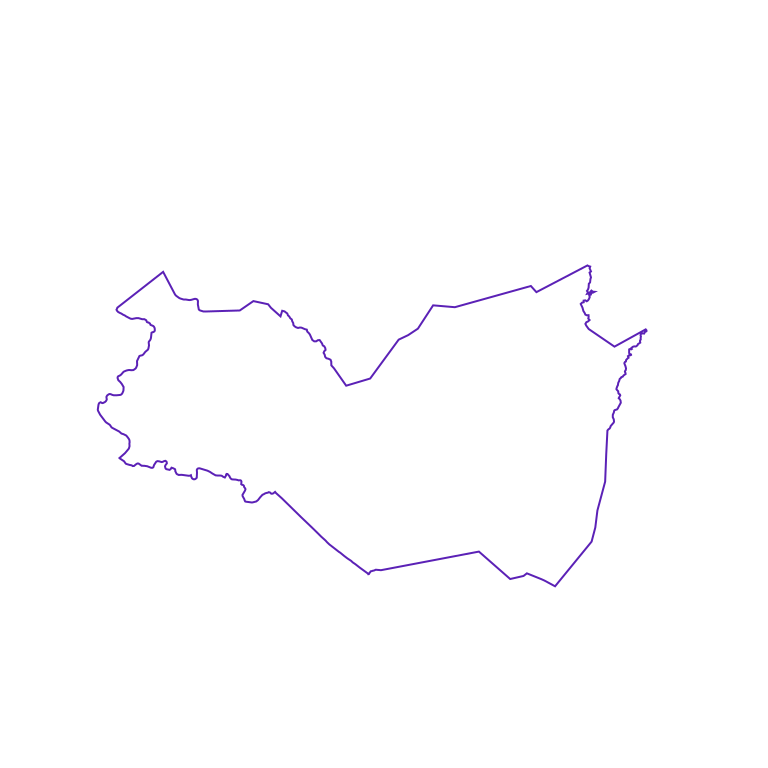 the district of Goh, Fromager, Ivory Coast, rotated 216°
{"feature_id": "98640826B83650084589555", "entity_name": "Goh", "entity_type": "district", "adm_level": 2, "iso_a3": "CIV", "parent_name": "Ivory Coast", "parent_adm1": "Fromager", "projection": "orthographic", "projection_center": [-5.701, 6.152], "detail": "fine", "context": "isolated", "style": "outline", "palette": "violet", "viewbox_px": 768, "rotation_deg": 216, "n_neighbors": 0, "source": "geoboundaries", "source_scale": "gbopen_adm2", "svg_char_len": 6154}
<svg xmlns="http://www.w3.org/2000/svg" viewBox="0 0 768 768"><g transform="rotate(216 384 384)"><path d="M644.6,289.0L644.3,288.3L644.1,286.9L643.3,286.4L641.4,286.0L639.2,286.3L637.9,286.6L635.8,286.7L634.0,287.1L632.5,287.1L628.4,287.7L627.4,287.9L626.0,288.6L623.1,291.7L621.3,293.0L617.7,294.3L615.9,295.6L613.8,295.8L612.3,294.8L611.5,294.9L610.6,295.4L609.6,295.3L608.9,295.4L607.6,294.6L605.7,295.1L604.6,295.3L603.7,295.1L602.7,294.6L601.8,293.8L600.8,292.4L600.7,291.6L601.1,290.4L601.8,289.8L602.2,288.8L599.9,284.8L599.3,283.5L599.0,282.0L599.1,280.4L599.0,279.7L598.7,279.2L596.8,277.1L595.4,274.1L595.2,273.0L596.0,269.7L596.1,266.3L596.6,265.0L597.8,263.7L598.3,262.9L597.3,257.4L594.8,254.2L594.1,251.5L594.1,250.5L594.6,248.9L595.0,247.9L596.6,246.6L598.3,245.6L599.0,245.0L600.3,243.5L601.6,241.4L601.9,240.6L602.2,237.2L602.5,236.0L603.6,233.9L603.5,232.9L602.9,232.1L601.1,230.9L598.6,230.6L596.1,229.9L592.9,228.5L591.1,225.8L590.7,224.8L590.2,222.3L590.5,220.8L591.0,220.1L593.6,217.8L596.1,216.0L597.4,215.5L599.2,215.1L600.1,214.6L600.5,214.1L600.8,213.4L601.2,212.1L601.1,210.7L600.5,209.8L599.3,208.7L599.1,208.2L598.9,206.6L599.2,205.3L600.2,203.4L600.8,202.9L602.5,202.7L602.8,202.1L603.1,201.6L603.2,200.7L602.8,199.4L600.4,194.9L599.5,194.2L595.6,192.3L587.4,189.8L586.1,189.6L582.2,189.8L581.5,189.7L579.0,188.8L578.1,188.8L570.3,189.9L567.3,189.6L565.2,190.3L562.2,190.8L559.6,190.1L557.7,189.4L556.8,188.8L555.6,187.4L555.0,186.2L553.3,184.1L552.5,181.9L552.5,181.0L552.9,175.7L554.5,168.6L553.9,168.5L548.9,168.7L546.5,167.9L545.7,167.8L542.5,168.9L540.3,169.9L539.1,169.9L538.1,170.7L537.4,173.3L537.0,174.3L536.5,175.0L535.7,175.4L532.1,175.4L529.7,177.0L527.2,178.3L523.3,179.3L522.4,179.8L521.9,180.4L521.7,181.1L522.4,183.3L522.6,187.2L522.0,188.4L520.4,189.3L518.1,190.1L517.3,190.9L516.6,192.3L515.8,193.3L514.6,193.4L513.9,193.1L513.0,192.1L513.1,190.3L513.0,189.4L512.7,188.6L511.4,187.5L510.8,187.2L510.0,187.2L507.0,188.5L506.6,189.7L506.7,191.4L504.8,192.0L502.9,192.2L502.2,191.6L501.6,190.8L499.2,189.5L498.4,189.4L497.5,189.6L496.7,189.7L494.3,191.6L488.0,195.0L487.0,195.9L486.6,196.7L485.7,195.9L484.0,194.9L483.1,194.8L482.1,195.0L481.2,195.6L480.8,196.2L480.5,197.3L480.4,198.1L483.2,202.4L484.9,204.4L485.1,205.3L484.9,206.2L484.1,207.1L483.4,207.5L475.9,210.1L473.1,210.6L470.3,210.7L466.6,211.1L464.9,212.1L463.1,213.4L461.8,214.2L461.1,214.4L459.5,214.4L457.8,214.8L458.0,217.1L458.4,217.7L458.5,218.7L457.7,219.2L454.6,218.5L453.8,217.9L452.3,217.4L450.9,217.5L447.8,219.5L446.0,220.3L445.1,220.5L443.8,221.6L442.8,221.8L441.9,221.2L440.6,219.0L439.6,219.0L438.8,219.4L437.7,219.4L436.5,218.4L434.8,217.9L434.2,217.4L433.8,216.1L433.3,211.1L432.5,210.2L429.1,208.6L428.6,208.1L427.3,207.4L426.6,207.6L421.2,210.5L420.6,211.1L418.3,213.9L417.7,216.1L417.6,219.4L417.2,223.0L416.6,223.9L416.0,225.4L415.2,226.6L414.0,227.9L413.7,228.7L412.6,229.2L410.7,229.0L409.6,229.9L409.2,230.8L408.7,232.7L407.3,232.3L399.5,231.5L373.2,227.6L356.2,225.3L345.0,223.6L339.3,223.0L337.0,222.5L333.9,222.1L321.8,221.7L320.3,221.8L315.3,221.5L311.1,221.4L306.5,221.6L304.6,221.3L301.2,221.4L295.7,221.2L286.2,221.2L285.2,221.1L284.9,220.9L284.5,221.3L284.8,222.3L284.5,223.2L284.7,224.0L284.6,224.7L284.0,225.3L283.4,226.2L282.4,227.3L281.5,228.9L277.0,231.6L208.7,304.2L167.3,300.4L158.3,310.7L157.1,314.8L142.0,318.6L138.6,319.3L126.7,320.9L123.4,378.5L128.7,392.1L137.0,407.1L147.7,435.0L163.0,457.9L175.9,477.7L175.8,479.2L175.3,480.6L175.4,481.7L175.9,483.2L175.5,487.9L175.9,488.9L177.4,490.5L179.4,491.6L180.1,492.6L180.8,493.6L181.3,496.0L182.1,497.8L182.0,498.4L180.5,500.5L180.5,502.0L180.7,502.7L181.4,508.0L182.9,509.6L184.1,510.2L185.8,510.5L186.2,513.7L187.0,514.2L188.2,514.1L188.9,514.3L190.3,515.8L191.9,516.1L192.9,516.4L193.3,517.1L194.0,519.5L194.0,520.3L195.2,522.7L195.5,524.6L196.3,526.7L195.9,528.0L196.1,528.5L195.8,529.4L195.2,530.2L195.2,531.8L194.4,534.1L195.2,534.9L196.3,535.5L196.6,536.3L196.6,537.3L197.3,538.8L199.2,540.4L201.6,541.9L201.9,542.4L202.0,543.5L201.6,544.1L201.6,544.6L202.2,545.6L202.2,546.1L201.9,548.2L201.6,549.0L203.0,549.9L202.8,550.6L201.4,552.3L201.2,552.8L201.5,553.1L202.0,553.0L202.1,552.4L202.6,552.2L203.1,552.5L204.0,553.3L206.0,556.1L205.5,557.0L204.4,557.3L204.2,557.8L204.7,557.8L205.1,558.1L204.6,560.3L203.7,561.5L202.4,562.3L202.1,562.8L201.7,564.4L202.0,565.4L201.0,568.1L201.9,568.9L202.3,569.5L202.5,570.1L202.4,570.8L203.5,572.2L204.1,573.5L205.1,574.2L205.4,574.8L205.5,575.7L204.6,576.9L203.2,577.7L203.5,579.4L202.7,580.9L203.2,581.7L204.4,582.0L219.5,549.7L250.7,548.8L254.7,550.1L256.4,551.0L256.6,552.9L255.7,554.6L255.3,556.6L257.2,557.0L257.9,558.6L259.0,559.9L260.3,558.8L261.9,558.5L263.6,559.5L265.5,560.2L268.4,562.5L271.9,564.4L271.6,566.2L270.5,567.5L271.5,568.8L270.3,570.0L268.6,570.1L268.1,571.6L268.2,573.5L268.7,575.3L270.2,576.5L269.2,577.9L269.8,579.5L268.7,580.7L267.9,582.3L269.4,581.4L271.1,581.5L271.4,577.9L272.7,576.4L272.9,578.1L274.5,578.6L274.5,580.3L275.1,582.2L277.2,585.5L277.0,587.3L278.7,590.3L279.2,591.9L283.2,595.0L282.7,596.7L285.7,598.5L286.2,600.2L287.9,599.6L289.1,599.5L314.7,547.9L322.8,549.6L371.8,487.8L390.5,476.5L389.1,448.7L393.2,437.7L398.2,428.5L398.4,380.3L413.6,360.4L433.7,367.3L437.5,368.1L438.7,369.6L439.8,371.1L441.5,372.2L443.7,371.8L445.7,371.0L447.6,371.4L449.3,372.9L451.2,373.7L451.6,375.4L451.3,377.2L452.6,378.5L454.5,379.4L456.2,379.2L458.0,380.4L461.9,381.7L463.2,380.6L464.0,378.6L465.5,377.5L467.9,377.5L473.1,380.5L474.8,381.0L476.9,381.3L478.4,382.6L480.1,381.9L483.8,381.1L485.2,380.3L486.5,378.8L488.4,378.2L490.3,378.1L492.0,378.5L493.2,379.9L495.1,380.8L496.5,382.0L498.5,382.1L500.3,382.9L502.1,383.1L503.7,384.2L505.4,384.2L507.1,384.3L509.4,383.4L507.5,377.9L520.3,379.2L524.6,380.4L538.4,374.3L543.9,358.7L571.2,337.6L572.8,336.5L576.0,335.4L576.8,335.3L577.7,335.5L581.4,339.0L583.3,341.8L584.1,342.3L584.7,342.5L585.5,342.5L586.4,342.2L587.2,341.6L589.4,338.8L590.5,337.7L591.5,337.1L594.1,335.8L595.4,334.8L596.2,334.4L599.2,333.4L600.3,333.2L603.6,333.2L604.7,333.3L605.9,333.7L628.6,344.9L644.6,289.0Z" fill="none" stroke="#5b21b6" stroke-width="2"/></g></svg>